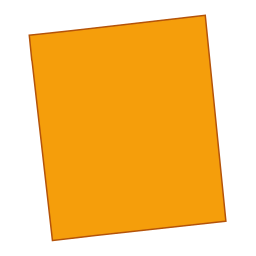 outline of Kiowa, Kansas, United States of America, rotated 84°
{"feature_id": "52423323B18660860300625", "entity_name": "Kiowa", "entity_type": "district", "adm_level": 2, "iso_a3": "USA", "parent_name": "United States of America", "parent_adm1": "Kansas", "projection": "equal_earth", "projection_center": [-99.379, 37.558], "detail": "fine", "context": "isolated", "style": "filled", "palette": "amber", "viewbox_px": 256, "rotation_deg": 84, "n_neighbors": 0, "source": "geoboundaries", "source_scale": "gbopen_adm2", "svg_char_len": 280}
<svg xmlns="http://www.w3.org/2000/svg" viewBox="0 0 256 256"><g transform="rotate(84 128 128)"><path d="M24.0,39.4L25.3,173.1L25.4,216.5L30.1,216.5L50.2,216.6L51.9,216.4L232.0,214.9L231.5,171.8L230.9,40.4L24.0,39.4Z" fill="#f59e0b" stroke="#b45309" stroke-width="1.5"/></g></svg>